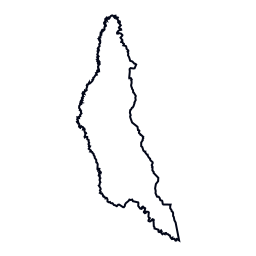 Sorriso, Mato Grosso, Brazil
{"feature_id": "56859067B91584289010880", "entity_name": "Sorriso", "entity_type": "district", "adm_level": 2, "iso_a3": "BRA", "parent_name": "Brazil", "parent_adm1": "Mato Grosso", "projection": "natural_earth1", "projection_center": [-55.676, -12.694], "detail": "fine", "context": "isolated", "style": "outline", "palette": "ink", "viewbox_px": 256, "rotation_deg": 0, "n_neighbors": 0, "source": "geoboundaries", "source_scale": "gbopen_adm2", "svg_char_len": 5727}
<svg xmlns="http://www.w3.org/2000/svg" viewBox="0 0 256 256"><path d="M98.6,48.8L97.9,48.3L97.7,48.7L98.3,49.8L98.4,50.8L97.6,51.1L97.6,51.5L98.3,51.9L97.3,54.5L97.8,55.0L97.6,56.0L98.4,56.0L98.7,56.4L97.9,57.4L97.4,57.5L98.1,58.5L98.0,59.0L97.2,59.4L98.6,60.5L98.2,61.2L98.8,61.5L97.9,62.1L98.0,62.4L98.8,62.2L99.4,62.5L99.6,63.6L99.6,64.0L98.1,63.9L98.7,65.6L98.0,66.4L98.0,67.3L98.4,67.9L98.2,68.7L98.9,69.2L99.1,71.3L98.2,71.4L98.2,70.3L97.2,70.6L97.2,71.3L98.0,71.8L96.0,73.0L96.8,74.7L95.5,75.1L94.1,77.3L93.3,77.7L93.4,79.0L92.4,79.7L92.7,80.5L91.2,82.2L89.6,83.6L89.2,83.5L89.1,82.6L88.0,84.6L87.2,84.5L86.7,85.5L87.2,86.7L86.4,88.7L86.7,90.1L85.7,90.9L84.9,90.4L84.5,92.0L83.5,92.1L84.3,93.8L82.6,93.2L82.4,93.6L83.1,94.7L82.8,96.1L83.4,96.5L82.5,97.3L82.7,98.1L81.9,98.1L82.1,99.7L82.6,100.3L82.2,100.7L81.3,100.3L81.0,100.7L81.5,101.6L80.6,101.9L80.7,102.4L81.7,102.8L80.2,103.2L80.1,103.6L80.8,104.3L80.3,104.5L79.2,106.0L79.1,108.0L80.3,109.6L79.9,110.2L81.1,111.0L80.9,112.3L81.5,113.4L80.1,114.8L80.3,116.1L78.8,116.8L79.0,117.9L77.4,117.4L77.5,118.2L78.2,118.4L77.2,119.3L77.9,120.4L78.1,121.6L77.3,121.4L76.9,121.7L77.2,122.3L78.0,122.8L78.2,123.5L78.9,123.5L79.4,124.4L79.0,126.4L79.8,127.5L80.3,127.8L80.8,127.0L80.1,126.8L81.1,126.1L81.9,126.8L82.8,127.0L83.4,128.0L83.1,129.2L84.4,128.7L84.7,129.5L84.3,130.4L85.0,132.7L85.9,132.8L86.1,133.3L85.3,133.7L85.1,135.6L84.5,136.8L84.8,137.3L85.4,136.5L86.4,137.1L87.2,137.0L87.3,139.3L88.7,140.1L88.6,141.7L89.2,142.8L88.6,143.7L88.5,144.4L89.2,145.2L88.9,146.2L90.0,146.4L88.7,148.8L90.9,150.5L90.9,151.0L90.4,151.6L92.2,152.0L92.6,152.7L92.3,153.7L92.7,153.3L93.6,153.9L93.8,155.4L94.7,156.4L94.7,157.8L96.2,159.8L96.3,162.4L97.0,162.7L97.7,164.2L97.4,169.1L97.6,169.5L98.0,169.4L98.2,168.6L99.3,168.8L98.8,170.1L99.2,169.9L99.7,170.9L99.5,172.5L99.1,172.6L99.3,173.1L99.1,174.2L99.5,175.0L98.8,175.2L98.7,175.6L99.8,176.5L99.8,178.1L100.3,178.3L99.5,179.9L100.4,182.3L99.9,182.8L99.4,185.2L98.8,185.6L100.2,187.7L100.7,189.0L99.9,190.4L100.7,191.8L99.9,192.9L101.1,193.6L102.0,193.5L103.4,195.9L103.1,196.1L103.3,196.5L104.3,196.7L104.4,197.2L105.6,197.8L105.6,198.3L106.6,197.9L106.9,198.1L107.5,199.5L107.5,201.5L108.9,202.3L110.0,202.0L110.5,202.9L111.4,203.3L112.5,203.2L113.9,205.0L115.6,205.4L116.5,206.2L116.8,206.2L118.2,204.7L119.2,204.6L123.1,207.2L123.9,207.2L124.9,205.8L124.9,204.8L125.8,203.2L128.7,200.8L129.4,199.6L130.6,200.0L132.2,199.6L132.9,201.2L138.2,202.4L138.4,203.0L138.2,205.9L140.2,208.6L141.6,208.9L142.5,207.6L141.8,207.6L142.0,207.2L142.9,206.6L143.9,207.9L144.6,207.8L145.2,208.3L144.6,210.9L143.9,211.7L143.9,212.3L144.9,213.2L145.7,212.9L146.3,211.7L148.0,211.8L148.8,212.4L148.4,216.5L148.9,217.7L149.7,217.9L149.8,218.3L148.6,219.9L148.4,220.8L148.7,221.1L149.9,221.5L150.7,221.1L152.5,219.2L153.6,219.6L153.8,220.0L153.1,220.5L153.6,221.8L153.8,226.3L154.5,227.3L154.5,228.5L158.4,229.7L158.5,231.7L159.1,232.1L160.1,231.9L160.4,231.0L161.1,230.4L161.7,231.4L161.0,232.5L162.4,234.2L163.4,233.4L164.9,234.2L165.3,233.1L166.1,233.0L167.1,234.2L168.2,234.3L169.1,235.3L169.8,235.4L170.5,237.4L171.4,238.5L172.4,237.8L172.4,239.0L174.4,238.8L175.5,240.6L176.2,240.5L176.2,239.4L176.8,238.9L179.1,240.4L175.6,222.5L174.4,220.3L173.8,217.0L173.1,216.0L173.1,213.0L172.5,211.7L171.7,211.3L171.5,210.1L170.2,208.3L170.2,206.2L170.6,204.6L163.3,204.5L162.7,203.8L162.3,201.1L161.9,200.6L160.3,200.2L159.6,197.9L158.6,196.7L157.2,196.8L156.9,196.4L155.5,193.1L155.7,191.0L155.1,188.4L155.9,184.0L158.1,181.2L158.3,177.8L153.6,172.9L153.7,172.0L152.4,170.4L152.5,167.7L152.1,167.2L152.5,166.8L151.7,165.1L152.7,163.1L152.6,162.2L150.7,160.5L150.1,159.6L150.1,158.7L148.7,157.4L147.7,155.5L147.6,154.8L147.2,154.9L146.5,154.1L145.3,152.5L145.3,151.7L144.8,151.8L143.4,150.6L142.3,147.1L141.2,146.2L141.2,142.5L142.8,140.1L142.6,139.3L143.3,138.1L142.8,137.0L143.1,136.7L140.9,134.7L140.5,134.8L139.9,133.7L139.1,133.2L138.9,132.5L139.4,130.8L139.0,130.3L138.0,130.1L137.5,126.8L132.1,122.5L130.3,117.5L130.1,116.2L130.7,115.2L129.9,112.8L130.2,110.1L131.0,109.6L131.9,107.8L132.7,107.5L133.5,106.2L134.6,102.9L134.4,102.5L135.7,100.0L135.3,97.7L135.8,96.0L133.8,92.7L133.2,92.4L133.0,90.1L132.1,88.9L131.9,87.7L131.4,86.8L131.1,85.2L131.6,83.0L131.5,80.4L131.2,80.1L131.7,79.5L130.8,78.1L129.3,78.3L129.2,77.8L129.8,71.5L129.6,69.5L129.7,68.9L130.6,68.1L133.5,68.5L134.6,68.3L136.2,64.5L135.3,63.8L134.4,63.7L132.4,61.5L130.2,60.8L129.1,57.2L128.0,55.2L128.3,53.3L127.6,51.7L128.3,51.2L128.3,50.5L126.5,48.7L126.3,46.9L125.8,46.0L123.4,45.4L123.9,44.6L123.9,43.8L122.9,43.2L122.6,42.2L121.2,42.0L121.3,41.5L122.3,40.6L122.4,40.1L120.5,37.7L122.4,35.5L122.4,35.0L121.0,33.6L119.1,33.1L118.0,33.7L117.1,33.5L117.1,32.5L118.4,30.8L119.5,30.1L121.2,29.8L121.1,29.2L119.1,28.0L118.9,27.5L120.8,25.3L118.1,22.2L118.2,21.4L119.9,22.4L120.0,22.1L119.7,21.3L118.4,20.9L117.3,18.8L117.5,18.4L116.4,18.6L116.3,18.1L117.0,17.4L116.1,17.2L114.8,17.9L112.8,15.6L112.1,15.4L111.0,15.9L109.8,17.3L108.3,17.4L108.1,17.9L109.1,18.6L108.8,18.9L107.4,18.7L106.5,17.7L106.1,18.3L106.6,19.9L105.5,18.9L105.2,19.1L105.7,22.6L105.3,22.9L104.5,22.1L104.0,22.9L104.3,24.0L105.8,25.0L106.0,25.8L105.5,26.2L105.1,25.5L104.9,26.0L104.4,27.4L104.5,29.6L103.7,30.4L102.8,29.7L102.3,29.8L101.8,30.7L102.3,31.6L100.7,32.4L100.5,34.2L101.4,33.9L101.3,34.9L100.6,34.9L100.4,35.5L100.4,37.4L99.2,37.4L99.3,38.5L98.9,38.7L99.6,39.1L100.2,40.4L100.2,40.8L99.5,40.7L100.3,42.2L100.0,43.4L99.2,44.1L99.6,46.2L98.3,47.6L98.6,48.8ZM99.5,172.5L100.5,172.0L100.9,172.3L100.6,173.3L99.9,173.1L99.5,172.5ZM114.3,17.1L115.6,16.6L115.5,15.7L114.9,15.8L114.9,16.7L114.3,17.1ZM98.2,61.2L97.4,60.5L97.2,61.0L97.6,61.2L98.2,61.2Z" fill="none" stroke="#020617" stroke-width="2"/></svg>